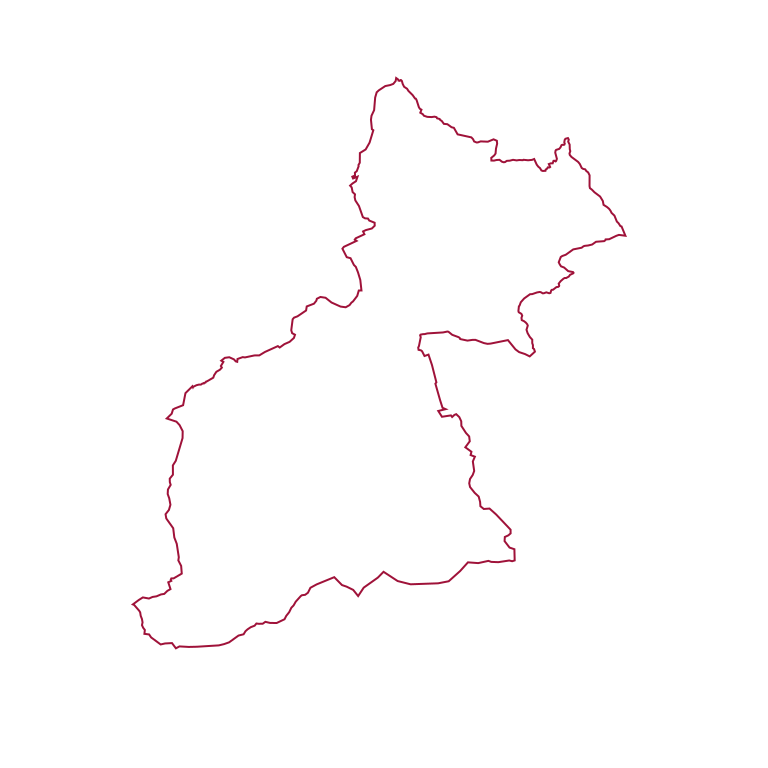 the district of Suici, Arges, Romania, rotated 102°
{"feature_id": "2599482B28587086561984", "entity_name": "Suici", "entity_type": "district", "adm_level": 2, "iso_a3": "ROU", "parent_name": "Romania", "parent_adm1": "Arges", "projection": "albers", "projection_center": [24.509, 45.248], "detail": "fine", "context": "isolated", "style": "outline", "palette": "rose", "viewbox_px": 768, "rotation_deg": 102, "n_neighbors": 0, "source": "geoboundaries", "source_scale": "gbopen_adm2", "svg_char_len": 6146}
<svg xmlns="http://www.w3.org/2000/svg" viewBox="0 0 768 768"><g transform="rotate(102 384 384)"><path d="M674.0,491.2L671.7,486.4L668.9,481.8L660.3,474.0L658.0,469.3L654.6,468.1L652.4,466.5L649.6,463.8L647.3,460.3L644.8,459.0L644.6,456.7L643.7,452.8L641.3,450.6L641.4,445.8L640.1,439.3L634.8,432.4L631.1,431.4L626.9,429.3L622.1,428.1L619.4,426.4L615.3,425.1L608.7,421.3L607.7,420.4L606.6,417.3L604.0,415.0L598.6,413.6L594.0,408.2L583.3,392.5L589.4,383.3L590.0,378.4L591.8,371.3L596.8,365.2L587.4,361.5L574.7,349.8L567.8,345.4L573.9,329.7L574.4,316.4L567.7,289.6L563.5,279.7L551.2,270.7L541.0,264.8L539.6,254.6L535.3,245.1L535.7,242.1L534.5,235.1L530.6,224.8L530.7,221.8L529.4,219.5L518.5,222.1L517.9,227.2L512.6,233.4L508.5,234.0L506.2,230.9L503.8,229.1L500.2,229.9L488.3,247.2L483.9,254.9L485.5,260.4L483.5,264.3L479.3,265.5L474.4,268.0L471.6,272.7L466.9,278.4L463.4,280.0L459.0,280.1L454.5,278.3L450.3,277.7L441.3,281.0L436.2,280.0L435.5,284.5L432.1,284.4L429.0,291.3L422.2,288.2L417.6,289.8L414.8,293.7L408.9,299.6L404.4,300.7L400.7,303.5L398.5,307.1L399.6,308.7L402.1,310.5L400.8,312.0L404.0,320.5L399.1,325.3L395.8,318.5L395.1,321.8L388.1,325.8L373.0,333.8L371.5,333.1L355.5,341.0L346.0,346.6L348.2,350.2L344.0,353.6L343.4,354.9L343.4,357.3L341.3,358.1L339.5,357.7L330.6,357.8L328.8,358.8L328.1,358.5L327.2,356.4L326.7,354.5L325.5,352.1L321.3,337.0L319.5,332.9L319.5,331.8L321.7,327.5L322.7,320.7L323.3,319.4L324.2,318.8L324.2,311.4L322.4,306.5L321.8,303.8L323.2,294.8L323.2,291.1L322.3,288.1L315.3,271.9L322.8,262.6L324.7,258.5L325.4,252.3L326.7,247.2L321.0,243.1L318.6,244.5L318.0,245.8L315.0,246.4L313.2,247.5L309.8,248.2L307.7,251.1L304.4,254.1L301.3,255.9L297.0,255.5L295.8,256.3L294.4,258.1L293.4,260.2L292.9,262.5L290.7,263.3L288.4,263.0L286.8,264.2L285.8,267.1L284.7,267.7L280.0,268.2L279.1,267.7L275.6,267.2L271.2,264.7L265.8,259.8L265.3,257.8L262.6,253.3L261.6,250.8L261.6,249.7L262.3,247.6L262.0,246.5L260.6,244.3L260.9,241.3L260.3,240.1L257.7,239.9L257.0,239.4L256.6,238.2L253.4,235.5L252.7,233.7L251.9,233.1L251.2,233.1L249.5,234.0L246.7,232.6L243.6,230.3L242.7,229.2L242.5,227.9L240.5,225.6L238.5,224.7L236.4,221.9L235.9,221.7L235.2,222.4L235.3,227.3L232.6,232.1L232.1,235.3L230.4,237.0L228.6,238.4L223.0,237.5L221.7,236.2L219.8,233.1L213.0,226.9L209.6,219.0L207.8,217.5L207.1,216.3L206.1,213.2L204.3,209.4L200.8,206.2L198.5,198.4L197.4,197.4L196.5,197.3L195.6,193.9L190.7,187.5L189.3,185.2L188.8,178.7L180.5,184.4L180.4,185.6L177.9,188.1L176.7,190.0L171.4,193.6L169.3,197.0L167.4,198.5L165.8,200.3L164.5,202.7L163.1,206.5L159.5,208.0L155.7,211.6L152.7,218.0L150.7,221.0L149.6,223.3L147.7,224.1L137.1,226.3L134.6,228.3L133.6,230.4L132.2,231.8L132.2,233.9L131.6,235.5L128.1,238.2L126.4,240.3L122.9,247.9L121.3,249.9L119.9,250.5L117.5,250.2L115.7,251.1L111.2,252.2L108.7,254.2L106.5,254.1L105.2,255.2L106.4,257.5L107.6,258.0L110.2,257.9L111.2,257.2L112.3,257.3L112.7,257.8L112.9,259.2L113.4,260.0L115.9,260.6L117.6,261.5L119.2,264.3L120.0,264.7L122.1,264.6L127.8,261.7L130.0,262.0L130.6,262.4L130.2,264.0L130.5,264.6L133.1,264.9L133.5,266.8L134.6,268.5L137.2,266.6L137.8,267.1L138.1,268.9L139.4,269.2L140.6,270.4L141.9,270.4L142.6,272.9L142.4,274.4L140.3,276.4L139.4,278.2L137.7,280.2L132.7,283.9L134.0,285.8L135.2,289.6L135.7,294.2L136.2,294.7L136.8,298.3L137.7,300.7L137.9,304.4L139.4,307.4L140.2,310.3L141.7,311.7L142.2,312.9L142.1,314.7L140.7,317.6L141.5,320.5L142.6,322.8L143.1,325.4L140.5,326.1L137.5,323.7L135.4,322.8L130.5,323.4L125.4,323.3L122.6,324.2L121.9,327.7L125.4,332.8L126.6,339.9L128.2,342.5L128.5,343.7L128.0,346.3L126.1,347.7L124.6,349.8L124.5,363.9L118.9,368.9L118.8,371.3L116.7,376.0L117.1,379.5L114.7,382.2L114.0,384.0L113.2,384.7L113.1,387.3L112.1,388.1L112.0,390.2L113.0,392.9L113.7,397.2L113.3,400.7L112.0,402.2L111.1,404.9L107.9,404.4L107.3,406.2L105.9,407.5L99.6,411.1L98.3,412.2L98.3,413.0L95.5,416.0L92.2,421.1L90.4,422.8L89.1,426.1L86.6,428.1L83.9,429.5L83.2,430.5L83.3,431.1L84.2,431.6L84.2,432.9L83.2,433.5L82.2,435.7L85.2,435.6L88.5,437.3L90.3,440.1L92.3,444.7L97.8,450.1L100.2,451.8L105.6,452.2L118.2,450.6L124.2,452.0L128.2,451.7L137.3,448.8L138.0,447.2L150.9,448.3L158.4,450.7L163.1,455.6L172.6,453.7L175.1,454.5L176.4,454.1L181.5,454.9L183.3,456.4L186.1,455.7L187.8,458.1L189.4,457.0L186.7,453.0L191.5,453.6L194.4,456.5L197.0,458.4L198.4,456.5L202.8,454.6L204.5,451.8L207.3,451.6L210.4,450.2L215.1,445.5L225.1,439.4L225.9,437.0L225.5,434.1L227.2,432.4L228.2,426.7L231.1,426.0L234.4,428.2L237.2,433.7L239.1,436.2L241.6,434.3L247.4,442.0L248.9,442.6L249.7,440.6L258.2,451.8L260.3,452.8L267.7,446.8L267.9,442.9L273.8,438.2L275.3,435.9L280.3,432.6L287.2,428.8L297.2,425.5L297.8,428.1L303.4,428.5L309.7,431.5L311.2,432.8L314.0,434.1L316.9,437.4L317.3,442.6L315.2,452.3L311.8,459.1L312.1,464.3L314.6,467.4L316.6,467.5L320.0,469.2L324.2,475.7L328.3,475.5L335.8,482.7L337.8,485.8L339.7,486.8L350.7,485.9L353.4,484.4L354.3,481.3L357.7,481.7L362.4,485.1L365.7,489.7L370.0,493.6L369.0,495.7L377.4,507.1L382.0,512.0L383.0,516.7L386.9,525.5L387.1,527.8L390.0,532.5L392.8,532.2L392.7,533.7L391.1,535.9L390.0,540.9L391.5,545.1L395.0,548.0L395.8,545.7L400.3,547.3L401.7,546.0L404.2,547.5L406.9,550.5L410.7,552.0L413.3,552.3L418.1,557.6L418.7,558.6L419.7,558.9L420.4,560.3L420.9,560.3L421.3,561.7L422.6,562.9L423.1,565.0L424.2,567.2L426.5,570.1L426.9,570.2L426.0,570.9L434.2,576.3L446.5,576.1L451.4,583.5L452.8,585.1L457.2,585.5L462.9,589.3L464.0,579.2L466.7,575.4L472.0,571.1L478.8,569.8L502.4,571.7L507.5,573.6L516.6,571.6L521.1,573.9L524.5,573.1L527.0,571.7L532.1,573.4L536.6,572.7L540.5,570.3L546.5,567.8L551.9,568.2L556.8,570.6L560.8,569.0L568.9,560.2L577.7,557.2L583.4,553.5L596.1,548.7L599.3,548.5L604.1,544.6L611.5,542.4L617.9,549.4L618.4,551.6L619.7,551.9L620.8,551.1L622.8,553.8L629.0,550.2L631.4,552.9L635.0,555.3L636.2,558.4L639.0,562.4L640.4,566.1L642.7,569.3L642.9,575.5L646.2,578.9L651.8,583.8L652.1,582.4L656.7,576.3L658.1,575.0L661.3,573.8L664.2,571.9L667.4,570.6L670.2,570.6L672.5,568.9L674.3,566.8L678.2,566.4L677.8,561.7L680.3,559.1L685.2,548.3L683.3,544.2L681.5,537.5L685.8,532.6L683.2,529.5L681.8,520.4L679.9,512.4L674.0,491.2Z" fill="none" stroke="#9f1239" stroke-width="2"/></g></svg>